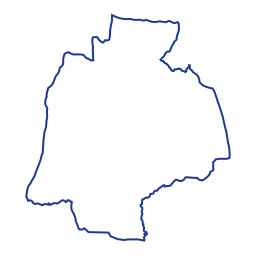 the district of Shinyanga Urban, Shinyanga, United Republic of Tanzania
{"feature_id": "72390352B93356288072561", "entity_name": "Shinyanga Urban", "entity_type": "district", "adm_level": 2, "iso_a3": "TZA", "parent_name": "United Republic of Tanzania", "parent_adm1": "Shinyanga", "projection": "robinson", "projection_center": [33.442, -3.624], "detail": "fine", "context": "isolated", "style": "outline", "palette": "blue", "viewbox_px": 256, "rotation_deg": 0, "n_neighbors": 0, "source": "geoboundaries", "source_scale": "gbopen_adm2", "svg_char_len": 4990}
<svg xmlns="http://www.w3.org/2000/svg" viewBox="0 0 256 256"><path d="M112.1,15.4L112.0,16.4L112.0,20.7L110.7,26.5L110.1,31.3L110.0,35.0L109.3,39.5L107.5,40.5L104.9,40.3L103.7,42.1L102.9,42.6L101.7,42.1L99.3,40.2L97.2,37.2L95.4,37.1L93.8,37.2L92.8,37.5L92.3,39.5L92.4,43.1L93.1,47.5L92.8,49.3L92.8,50.8L93.0,52.8L93.1,58.7L93.4,60.1L92.1,60.6L89.7,59.6L86.9,58.3L85.7,57.6L84.5,56.0L83.2,54.8L80.1,54.4L76.7,54.4L73.3,54.5L71.4,53.7L69.7,52.9L68.6,52.2L65.9,53.0L64.6,53.8L63.7,56.6L63.2,58.9L63.2,62.0L63.1,64.2L62.3,65.4L61.7,66.3L60.1,67.2L59.5,69.0L59.5,70.1L59.0,71.2L58.6,72.2L58.1,73.3L57.1,74.6L56.0,75.9L55.6,76.8L55.1,77.7L54.7,78.9L54.3,79.8L54.0,80.6L53.7,81.5L53.3,82.6L52.8,83.5L52.4,84.3L51.5,85.3L50.9,85.9L50.7,86.1L48.7,87.7L48.2,88.1L47.9,88.8L47.7,90.2L47.3,91.2L47.0,92.4L46.6,94.8L46.7,96.8L45.7,98.9L45.3,101.7L45.2,103.9L46.1,106.1L47.1,107.6L47.3,109.1L46.9,110.4L47.0,112.5L47.1,115.7L47.2,117.6L46.5,120.3L46.3,123.7L46.1,126.8L45.7,128.3L45.5,128.7L44.5,131.9L43.4,140.9L43.0,148.8L42.6,153.6L42.2,153.9L41.5,155.7L41.2,157.5L40.9,158.8L40.0,161.5L39.0,164.3L37.8,167.2L36.9,169.5L35.8,172.1L34.7,175.7L33.5,177.8L32.8,179.2L31.9,180.4L31.2,182.1L30.3,183.7L28.5,185.8L27.9,187.9L27.1,190.3L27.1,191.5L26.6,194.0L26.3,196.5L27.0,197.8L27.4,198.9L27.8,199.6L27.9,200.7L28.7,200.8L29.5,200.4L30.5,200.4L31.1,200.6L31.8,201.1L32.5,201.8L32.9,202.7L33.5,203.4L34.2,203.5L34.7,203.8L35.4,204.0L37.2,203.4L38.2,203.5L39.9,204.3L40.6,204.5L41.5,204.8L41.8,205.2L42.7,205.1L43.9,204.2L45.3,204.1L46.1,204.2L47.7,204.3L47.9,204.5L48.3,204.5L48.6,203.6L49.2,203.4L49.7,204.5L50.0,204.8L51.1,204.6L51.9,204.1L53.5,203.3L55.1,203.2L56.0,203.2L56.9,203.6L58.1,203.1L58.8,202.7L60.7,201.3L61.4,200.6L62.4,200.3L64.1,200.6L64.5,200.8L64.9,201.1L65.5,201.9L65.8,202.1L67.0,201.4L67.5,200.3L68.4,200.2L69.1,200.5L69.7,200.9L70.2,201.2L70.6,201.7L71.3,201.6L71.7,201.8L71.8,202.7L71.4,204.3L71.3,208.3L72.1,210.9L73.4,213.0L74.8,216.2L75.6,219.1L75.7,221.1L76.5,222.8L77.3,224.6L77.9,226.5L78.5,228.4L79.6,229.5L82.1,229.5L83.4,229.0L84.3,228.3L88.5,232.1L108.5,232.6L108.8,232.8L109.6,234.7L111.1,236.6L114.2,237.7L117.8,239.2L119.9,239.4L124.2,240.0L128.2,239.4L132.2,239.4L135.6,239.4L138.5,239.4L138.8,239.5L144.2,240.6L144.4,240.0L144.2,238.6L143.8,237.3L144.8,236.3L145.1,234.9L144.4,234.2L145.1,233.8L146.5,234.7L146.9,233.8L146.3,232.1L144.4,231.6L143.7,230.1L144.0,228.7L144.0,227.2L143.2,225.8L143.3,225.0L143.1,225.1L142.7,223.2L142.6,221.2L141.4,219.3L141.3,217.5L141.7,215.4L142.4,214.2L142.2,213.1L141.6,212.1L142.2,210.1L142.4,208.1L141.6,207.0L140.6,206.1L140.7,204.8L141.9,204.2L142.0,202.7L142.1,200.9L142.4,199.5L143.5,199.3L145.6,197.7L147.4,197.8L149.4,196.8L149.9,195.4L150.5,193.9L152.2,193.8L153.2,193.6L154.3,191.4L155.2,190.6L156.3,190.8L157.5,190.4L158.6,188.6L159.8,187.9L162.8,185.7L164.2,185.2L164.7,186.6L165.9,186.3L167.6,186.0L169.9,185.8L171.4,184.7L172.2,183.1L173.8,181.7L174.8,180.5L176.0,179.7L177.2,179.9L178.5,180.4L179.4,181.0L181.8,180.9L183.5,180.0L184.3,178.9L185.6,177.3L188.2,177.4L192.2,177.7L194.4,177.8L197.3,177.9L198.3,179.2L200.1,180.0L202.3,180.4L204.5,179.2L205.6,178.2L207.2,177.0L208.6,175.6L209.6,174.4L210.0,172.1L211.6,171.3L212.8,170.2L213.4,170.0L213.2,168.4L213.2,163.1L213.2,162.1L214.6,160.9L215.6,159.4L217.8,159.1L220.1,158.7L222.7,158.8L226.4,158.8L228.4,158.3L229.3,158.1L229.7,156.1L229.6,153.0L229.2,148.1L228.8,145.6L228.0,142.5L226.4,132.2L225.0,126.9L223.7,121.1L222.5,115.8L219.8,107.4L217.6,101.1L215.9,95.7L214.1,91.0L212.6,88.5L209.0,87.7L206.8,87.0L203.5,85.8L202.1,84.7L199.7,82.4L199.1,78.7L198.1,76.5L196.5,74.4L194.8,73.4L193.1,72.2L191.8,70.4L190.7,69.6L190.0,68.8L189.6,66.0L189.7,65.3L189.0,65.2L188.5,67.0L188.1,67.6L187.9,67.7L187.7,68.1L187.2,68.5L186.6,69.1L186.3,70.4L186.3,71.3L185.4,72.2L184.8,71.5L184.2,71.3L182.3,70.7L181.6,70.6L180.9,69.3L179.6,68.6L179.1,68.6L178.4,69.0L177.6,68.8L176.6,69.2L175.6,69.3L174.7,69.4L174.5,69.6L174.4,70.0L174.0,70.3L173.8,70.9L172.9,71.0L171.5,70.4L170.7,69.2L170.3,68.1L169.7,67.6L169.1,67.3L168.8,66.3L167.4,64.7L166.7,63.9L165.7,63.4L165.2,63.4L164.4,62.6L164.5,62.5L163.9,61.5L163.6,61.2L162.4,61.3L161.4,60.6L160.5,59.7L161.7,58.6L162.2,58.1L162.8,57.3L163.8,56.4L164.0,56.2L164.9,54.3L165.4,53.6L165.7,52.8L166.2,52.6L167.2,51.6L169.4,51.6L170.3,49.9L170.7,49.2L171.1,47.9L171.9,46.2L172.8,44.6L173.4,43.9L173.5,43.7L174.2,41.8L175.5,40.6L176.4,39.8L176.6,39.4L176.6,38.9L176.7,37.5L177.4,34.6L178.3,32.2L178.9,29.8L178.9,27.8L179.0,27.6L178.8,26.7L178.8,24.8L178.8,23.7L178.3,23.0L177.9,22.2L177.4,22.3L174.5,23.1L173.1,22.8L171.3,21.8L170.4,21.4L169.7,21.2L168.8,21.0L168.1,21.2L166.9,21.8L165.7,22.2L164.4,22.0L161.7,21.6L159.1,21.3L156.8,21.9L155.8,22.0L154.7,21.9L153.5,21.9L152.1,21.9L150.6,21.3L148.9,20.9L146.7,19.9L146.0,19.8L145.0,20.4L143.9,20.5L141.8,20.3L139.7,19.7L137.1,19.9L133.8,19.8L130.7,19.0L126.3,19.1L122.8,18.8L119.3,18.1L114.9,16.5L113.3,15.5L112.2,15.5L112.1,15.4Z" fill="none" stroke="#1e3a8a" stroke-width="2"/></svg>